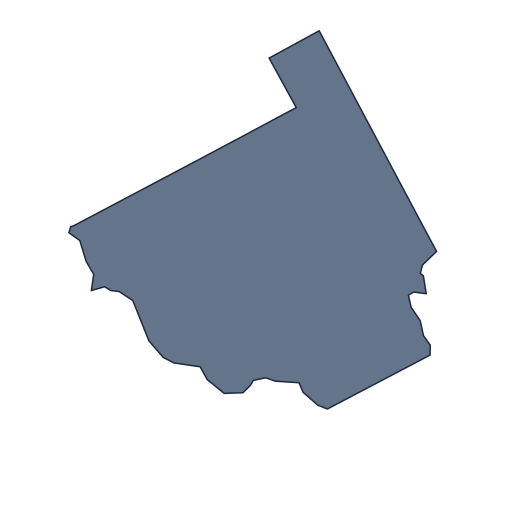 outline of Sauk, Wisconsin, United States of America, rotated 62°
{"feature_id": "52423323B28782339926700", "entity_name": "Sauk", "entity_type": "district", "adm_level": 2, "iso_a3": "USA", "parent_name": "United States of America", "parent_adm1": "Wisconsin", "projection": "mercator", "projection_center": [-89.906, 43.394], "detail": "fine", "context": "isolated", "style": "filled", "palette": "slate", "viewbox_px": 512, "rotation_deg": 62, "n_neighbors": 0, "source": "geoboundaries", "source_scale": "gbopen_adm2", "svg_char_len": 785}
<svg xmlns="http://www.w3.org/2000/svg" viewBox="0 0 512 512"><g transform="rotate(62 256 256)"><path d="M86.8,94.5L87.4,151.5L143.9,150.8L143.8,165.3L143.9,168.9L143.8,171.7L143.9,179.5L144.0,208.2L144.0,265.2L143.7,402.6L143.1,405.8L147.6,410.3L159.6,404.3L181.1,408.5L196.0,407.9L209.2,417.6L212.0,404.2L218.4,400.3L223.2,393.5L237.5,385.7L280.7,390.4L302.0,385.5L311.9,378.7L327.6,357.3L342.2,357.1L362.4,348.6L370.6,331.7L367.7,322.0L364.6,316.6L368.1,304.6L375.6,297.7L388.1,277.5L398.5,278.4L416.7,271.5L424.6,264.8L425.2,148.8L416.5,144.0L404.9,145.5L390.2,141.4L374.0,143.1L362.2,139.8L361.8,133.8L369.2,123.4L352.0,117.5L349.7,118.6L348.4,119.0L342.1,113.2L336.7,94.4L334.8,94.4L330.1,94.4L312.0,94.5L86.8,94.5Z" fill="#64748b" stroke="#1e293b" stroke-width="1.5"/></g></svg>